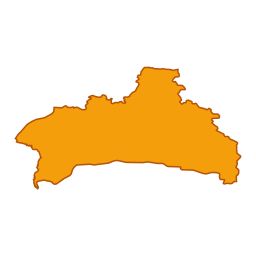 Brest, Robinson projection
{"feature_id": "BLR-2338", "entity_name": "Brest", "entity_type": "Region", "adm_level": 1, "iso_a3": "BLR", "parent_name": "Belarus", "parent_adm1": "", "projection": "robinson", "projection_center": [25.618, 52.455], "detail": "fine", "context": "isolated", "style": "filled", "palette": "amber", "viewbox_px": 256, "rotation_deg": 0, "n_neighbors": 0, "source": "natural_earth", "source_scale": "10m", "svg_char_len": 5795}
<svg xmlns="http://www.w3.org/2000/svg" viewBox="0 0 256 256"><path d="M143.2,162.6L126.3,162.4L117.7,160.5L115.4,160.6L113.1,161.2L108.5,163.1L94.2,164.9L93.1,164.8L90.0,164.2L77.3,165.0L76.3,165.3L75.2,166.2L73.3,168.4L72.5,169.7L71.2,173.9L69.8,175.5L64.0,178.6L56.3,184.0L54.3,184.2L52.8,183.2L51.4,181.8L49.4,181.2L48.1,181.1L44.5,180.2L43.3,180.2L38.4,181.2L37.7,181.5L37.2,181.9L36.6,182.8L36.5,183.3L38.2,186.9L38.3,187.5L38.0,188.5L37.6,188.7L37.1,188.4L36.9,187.5L35.4,187.0L34.8,186.0L35.5,186.0L34.4,184.4L34.0,183.5L33.8,182.6L34.1,180.9L34.0,180.3L33.5,179.8L33.5,179.3L34.2,179.1L34.9,178.4L34.3,177.7L34.2,177.3L34.9,176.9L34.7,176.5L34.2,175.8L34.5,174.3L35.0,173.1L35.8,172.3L36.9,171.8L37.9,171.1L38.5,169.6L37.6,168.6L36.8,167.4L37.4,166.9L37.6,165.5L38.2,165.2L38.1,164.8L37.8,164.8L38.2,164.0L38.2,161.9L38.6,160.8L39.6,159.0L40.3,158.1L41.1,157.7L40.5,156.6L39.8,154.1L39.4,153.3L39.3,152.6L39.1,151.9L38.1,151.3L37.2,149.9L36.2,149.5L33.8,149.5L32.8,149.3L31.4,147.1L31.7,146.8L31.8,146.1L31.6,145.6L30.8,146.2L29.9,145.6L29.7,145.3L29.0,146.0L28.5,145.9L28.1,145.5L27.5,145.3L26.7,145.5L26.6,145.4L27.0,144.8L27.0,144.4L25.9,144.3L22.8,143.4L22.1,142.9L21.3,143.1L17.7,142.4L16.5,141.8L17.0,140.7L16.8,139.8L16.3,139.2L15.4,138.6L17.8,134.9L18.7,133.8L20.8,131.8L27.1,124.5L31.6,121.6L36.1,119.5L44.6,117.7L51.3,114.1L53.4,112.2L54.1,109.4L54.0,107.5L54.9,107.4L61.6,107.8L62.6,107.4L64.2,106.4L65.3,105.9L65.8,105.8L66.3,106.0L67.0,106.9L68.0,107.3L70.7,107.6L73.2,106.9L73.6,107.1L73.8,107.8L74.0,108.0L74.3,108.0L75.3,107.5L76.5,107.2L77.0,107.2L77.6,107.4L79.9,108.6L80.6,109.1L81.7,109.5L83.0,109.7L84.2,109.7L85.4,109.4L86.0,109.1L86.1,108.8L86.2,108.4L86.1,107.4L85.4,106.4L85.4,106.0L86.3,104.4L87.6,103.6L87.8,103.1L87.6,102.7L86.8,101.9L86.8,101.7L88.5,100.1L90.7,99.1L91.0,98.8L91.1,98.6L91.1,98.1L90.9,97.9L89.0,97.6L88.8,97.5L88.7,97.3L88.8,97.1L89.1,96.8L91.6,95.7L92.8,95.5L95.9,96.7L98.6,97.2L100.3,97.2L101.1,96.9L102.0,95.5L102.4,95.1L102.8,95.0L103.2,95.0L105.0,95.4L105.8,96.0L106.4,97.0L106.7,97.9L106.4,99.0L106.7,99.3L108.8,100.0L109.4,100.0L110.0,99.8L110.5,98.9L111.1,98.5L111.7,98.5L111.9,98.6L112.0,98.7L111.9,98.9L111.2,100.9L111.1,101.3L111.4,102.1L111.3,103.1L111.4,103.3L111.8,103.5L112.4,103.6L112.8,103.6L113.5,103.2L115.6,102.5L116.2,102.5L117.5,102.7L118.3,102.7L119.5,101.9L121.3,101.5L121.7,101.5L121.9,102.2L122.0,102.4L122.6,102.8L124.2,103.3L124.9,103.1L125.5,102.7L125.6,102.2L125.3,101.8L124.5,101.5L124.2,101.2L124.1,100.5L124.2,100.3L124.8,99.9L124.9,99.6L124.8,99.4L124.0,98.8L123.7,98.5L123.6,98.0L123.8,97.7L124.0,97.3L124.7,97.0L125.1,96.9L126.0,97.1L127.0,97.2L129.1,96.6L129.7,96.0L129.7,95.7L129.9,95.3L130.9,94.2L132.0,92.9L132.5,92.5L135.1,91.3L135.6,90.7L136.9,88.0L138.5,85.6L138.9,84.4L138.9,83.7L138.4,82.9L137.7,82.3L136.4,82.0L136.2,81.9L136.1,81.7L136.1,81.4L136.4,81.0L138.3,79.8L139.0,79.2L139.0,78.7L138.8,78.3L137.7,77.7L137.4,77.4L137.4,77.1L137.7,76.1L138.1,75.4L138.4,75.3L140.0,75.1L140.5,74.9L140.7,74.4L141.1,72.0L141.3,71.5L142.8,69.6L143.3,68.6L144.2,67.8L144.6,67.5L145.0,67.4L146.8,67.6L148.9,67.3L149.4,67.5L150.1,67.9L150.5,67.9L151.8,67.8L152.7,67.8L153.4,68.4L153.9,68.6L161.0,69.1L162.1,68.8L163.2,68.8L165.9,69.3L170.2,69.5L171.4,69.8L172.8,70.3L174.1,70.2L178.0,69.4L177.8,72.3L178.1,72.8L178.9,73.7L179.1,74.2L179.2,75.8L179.1,76.2L178.7,76.6L178.2,76.8L175.9,76.9L175.0,77.3L173.9,78.3L173.0,79.5L172.6,80.4L172.5,80.9L172.9,81.4L173.5,81.7L174.4,81.8L175.2,81.6L175.5,81.7L175.7,81.9L175.9,82.7L176.9,83.4L177.1,84.5L177.4,85.0L178.4,85.3L181.9,85.4L182.5,85.6L184.2,87.2L185.1,88.7L185.2,89.2L185.2,89.5L184.9,89.6L184.2,89.7L182.2,89.5L181.5,89.6L180.8,89.9L180.0,90.8L179.1,92.6L178.9,92.8L178.1,93.2L177.9,93.4L178.0,94.2L178.5,94.9L180.7,97.8L180.9,98.2L181.1,99.2L181.5,100.0L181.3,100.4L179.8,101.4L179.7,101.6L179.7,101.9L179.9,102.2L181.4,103.9L181.8,104.1L182.2,104.0L183.1,103.1L183.7,102.7L185.8,102.6L186.1,102.3L186.3,100.9L186.6,100.5L188.3,100.2L188.8,100.3L190.3,101.0L191.6,101.5L191.8,101.7L191.9,102.1L192.1,103.2L192.6,103.6L193.2,103.8L193.9,103.8L195.6,103.4L195.8,103.4L196.1,103.5L196.5,103.8L197.7,105.7L199.1,107.3L199.6,107.5L204.7,108.7L207.0,109.7L207.3,109.7L207.7,109.5L208.7,108.5L209.2,108.4L211.0,109.5L211.1,110.1L210.8,110.7L210.8,111.3L212.5,113.4L212.9,113.7L213.3,113.9L215.0,114.1L217.7,114.1L218.3,114.4L219.4,115.7L219.4,116.0L219.5,117.0L219.2,117.8L218.7,118.1L212.4,118.4L212.1,118.7L211.8,119.7L211.7,120.0L211.8,120.2L212.9,121.0L213.1,121.3L213.0,121.7L212.9,121.9L211.9,122.6L212.2,123.1L212.9,123.8L215.1,125.6L217.1,126.8L217.4,127.1L217.8,128.1L217.8,128.7L217.4,129.3L216.6,130.1L216.4,130.5L217.2,130.9L223.7,134.1L224.0,134.6L224.1,135.4L224.5,136.1L224.8,136.4L225.1,136.5L227.8,136.5L228.3,136.7L228.7,137.0L229.5,138.5L230.1,139.1L231.5,139.6L236.6,142.0L237.3,142.7L237.5,143.0L237.5,143.5L237.3,144.0L236.6,145.0L236.5,145.5L236.7,146.9L236.6,148.6L236.9,153.0L237.2,153.4L238.9,154.8L240.1,155.6L240.6,156.1L240.6,156.4L240.6,156.7L240.3,157.3L239.9,157.9L236.9,161.0L236.8,161.6L237.3,163.0L237.3,163.7L237.0,164.9L236.6,166.0L235.8,167.1L235.8,167.3L236.4,167.9L238.3,169.4L238.6,169.8L238.7,170.8L238.7,172.7L238.6,173.4L238.1,174.3L237.6,175.1L236.8,175.3L236.3,176.3L236.5,181.6L234.7,181.5L233.7,181.9L232.3,183.2L231.2,183.6L230.2,183.7L227.1,183.3L225.1,183.8L224.0,183.9L223.3,183.4L223.6,182.3L224.3,180.9L224.5,179.8L223.0,179.5L221.7,179.6L220.7,179.5L220.0,179.0L219.5,177.7L219.5,176.0L219.7,174.6L219.3,173.6L218.0,173.0L215.9,172.6L211.4,172.5L206.2,173.9L202.9,173.4L193.2,170.1L182.0,169.8L181.3,169.5L180.6,168.8L180.5,168.2L180.7,167.6L180.7,167.2L180.1,166.9L168.2,166.5L166.7,166.0L163.4,163.7L161.9,163.4L158.3,163.5L147.5,161.9L143.2,162.6Z" fill="#f59e0b" stroke="#b45309" stroke-width="1.5"/></svg>